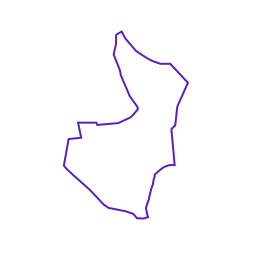 Ekiti South-West, Ekiti, Nigeria, rotated 332°
{"feature_id": "59680162B46774046834533", "entity_name": "Ekiti South-West", "entity_type": "district", "adm_level": 2, "iso_a3": "NGA", "parent_name": "Nigeria", "parent_adm1": "Ekiti", "projection": "equal_earth", "projection_center": [5.068, 7.525], "detail": "fine", "context": "isolated", "style": "outline", "palette": "violet", "viewbox_px": 256, "rotation_deg": 332, "n_neighbors": 0, "source": "geoboundaries", "source_scale": "gbopen_adm2", "svg_char_len": 1194}
<svg xmlns="http://www.w3.org/2000/svg" viewBox="0 0 256 256"><g transform="rotate(332 128 128)"><path d="M151.8,182.6L165.4,150.3L166.1,149.2L171.0,147.8L178.3,137.0L179.7,135.0L181.6,132.3L181.9,132.0L182.3,131.7L185.2,129.4L192.3,123.9L196.1,120.9L198.6,119.0L199.5,118.3L200.3,117.7L201.4,116.8L202.2,116.2L201.2,112.6L200.0,108.1L198.6,103.0L197.7,99.6L196.5,95.2L195.4,91.1L194.2,90.5L191.0,88.8L189.2,87.8L186.7,86.5L184.4,84.0L180.5,79.7L177.1,74.5L171.3,63.9L167.7,47.8L167.7,39.9L164.2,40.0L163.4,39.9L161.1,40.4L157.2,47.6L154.8,50.6L149.8,56.4L148.0,73.0L146.8,77.0L146.5,77.5L144.5,100.5L146.2,113.6L145.6,116.0L139.3,118.6L135.1,119.8L121.7,119.1L109.7,114.0L102.3,110.9L102.5,108.4L86.4,99.8L82.1,114.6L70.4,109.9L53.8,131.0L54.3,134.4L57.6,144.1L62.3,156.7L65.3,164.9L68.9,177.9L70.5,183.9L73.2,189.3L82.2,196.6L83.6,197.8L86.9,200.5L92.3,206.2L93.6,211.9L99.4,215.3L100.4,215.5L103.9,216.1L104.5,212.8L106.4,206.9L108.1,205.3L110.1,203.2L112.9,200.9L114.5,198.7L120.5,192.1L123.8,189.1L126.5,185.5L128.1,184.0L129.7,181.8L131.1,181.4L132.4,181.0L135.7,180.3L139.5,179.5L142.8,179.5L147.1,180.2L151.6,182.5L151.8,182.6Z" fill="none" stroke="#5b21b6" stroke-width="2"/></g></svg>